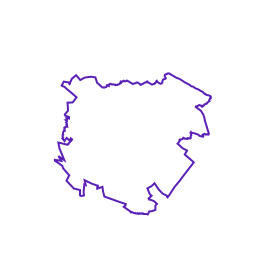 outline of Chikomba, Mashonaland East, Zimbabwe, rotated 316°
{"feature_id": "62879985B62139417575129", "entity_name": "Chikomba", "entity_type": "district", "adm_level": 2, "iso_a3": "ZWE", "parent_name": "Zimbabwe", "parent_adm1": "Mashonaland East", "projection": "equal_earth", "projection_center": [31.281, -18.846], "detail": "fine", "context": "isolated", "style": "outline", "palette": "violet", "viewbox_px": 256, "rotation_deg": 316, "n_neighbors": 0, "source": "geoboundaries", "source_scale": "gbopen_adm2", "svg_char_len": 5744}
<svg xmlns="http://www.w3.org/2000/svg" viewBox="0 0 256 256"><g transform="rotate(316 128 128)"><path d="M209.3,161.7L209.2,161.6L208.9,161.1L208.6,160.3L207.9,159.5L207.4,158.7L207.3,158.4L207.2,157.8L207.4,157.5L207.4,157.2L207.0,157.1L206.9,157.0L206.7,155.7L206.7,155.0L206.9,154.2L206.8,153.4L206.3,152.5L205.7,150.5L205.7,149.9L205.2,148.9L205.2,148.6L204.5,147.3L204.0,146.0L203.8,144.9L203.7,143.7L202.8,142.4L202.4,141.7L202.4,140.1L202.2,139.5L200.5,134.4L199.6,130.1L198.5,127.0L197.7,125.5L196.6,121.4L196.0,119.4L195.9,118.7L195.8,118.2L195.6,118.1L195.4,117.1L195.2,116.9L194.6,116.6L193.9,116.0L193.1,116.2L192.3,115.5L191.6,115.3L190.6,116.0L190.4,116.3L190.1,116.9L189.9,118.2L189.6,118.6L189.0,118.6L187.7,117.9L187.4,117.6L186.8,117.5L185.5,118.1L184.7,118.9L183.9,119.0L183.6,119.3L183.2,119.3L182.6,119.1L182.1,118.8L181.7,117.8L181.4,116.5L181.2,115.4L181.5,114.0L180.7,114.0L179.9,114.5L179.2,114.7L178.7,114.4L178.3,114.7L178.0,114.7L177.5,114.6L176.7,114.0L175.7,113.6L175.4,113.4L175.2,112.7L174.6,110.7L174.5,110.0L174.3,109.7L174.0,109.2L174.0,108.5L174.3,108.1L174.2,107.8L172.9,107.9L172.3,107.6L171.9,107.1L171.5,106.9L169.1,106.6L168.6,106.1L167.2,105.9L167.0,105.7L167.1,104.2L166.6,102.9L166.6,102.4L166.5,102.0L165.8,101.2L164.5,101.0L163.6,100.3L163.2,100.3L162.2,99.8L161.9,99.4L161.7,98.8L161.7,98.1L161.1,96.7L161.1,95.5L160.6,94.5L160.3,93.3L160.0,93.0L159.6,93.1L158.3,92.5L158.1,92.1L157.9,91.1L157.6,90.9L157.1,91.1L156.6,90.8L156.1,90.7L155.6,90.2L155.3,89.5L155.1,89.4L154.4,90.1L154.3,90.7L154.1,90.8L154.0,90.7L153.9,90.3L153.4,90.2L152.8,90.5L152.3,90.3L151.7,90.3L151.4,89.9L150.9,89.6L150.3,89.7L149.6,89.2L149.3,88.9L149.1,88.2L148.6,88.2L148.4,87.4L147.5,86.1L146.8,85.8L146.4,84.9L146.2,84.2L146.0,83.8L145.1,83.9L144.8,83.6L144.4,83.5L143.7,84.0L143.4,84.4L143.3,84.5L143.1,84.1L143.2,83.2L143.0,82.8L142.7,82.6L142.3,82.6L141.2,83.4L140.8,83.4L140.3,83.1L140.1,83.1L139.4,82.5L138.9,82.4L138.5,81.9L138.3,81.4L137.9,81.2L137.7,80.6L137.2,74.0L139.7,68.9L137.0,65.4L131.9,61.7L127.0,60.3L127.3,53.9L121.7,53.6L117.8,55.2L116.8,55.8L116.4,55.8L116.9,53.9L114.1,50.1L109.8,51.4L110.9,54.6L111.1,57.9L111.7,62.9L112.3,70.2L106.0,71.2L102.1,67.8L97.0,73.8L91.9,74.4L91.4,75.5L93.2,79.1L92.1,80.2L90.8,77.8L90.6,77.9L90.4,78.5L90.5,79.2L90.2,79.3L89.8,79.2L89.4,79.7L89.1,79.8L88.7,79.4L88.7,80.1L88.9,80.5L88.6,80.9L87.2,81.1L87.2,81.7L87.0,82.5L86.8,82.7L86.0,82.9L86.2,83.4L86.1,83.8L85.5,84.4L85.3,84.4L85.1,84.8L84.7,84.3L84.4,84.1L83.8,84.0L82.7,83.5L82.3,83.6L82.0,84.2L81.9,84.6L81.1,84.8L80.9,85.5L80.6,85.4L80.4,85.9L80.1,85.6L79.9,85.8L79.4,85.7L78.7,85.8L77.1,87.1L76.8,87.8L76.5,87.8L76.2,87.6L75.5,88.5L75.0,88.7L74.7,89.3L74.5,90.1L74.2,90.2L74.0,89.9L73.5,89.9L73.3,93.3L74.0,93.0L77.0,92.5L77.3,96.4L79.7,95.7L79.8,97.4L78.2,97.7L73.9,97.9L73.9,98.1L72.9,98.1L67.8,90.1L64.4,95.3L63.8,97.0L59.8,106.9L58.4,99.9L57.2,105.3L53.3,100.1L53.2,100.2L52.7,100.7L54.5,109.5L53.3,112.0L52.9,121.2L47.1,123.2L47.0,133.9L50.4,139.3L46.7,143.1L46.6,143.5L46.7,143.8L47.1,144.0L47.3,144.5L48.2,145.2L49.5,145.9L51.0,144.0L52.3,142.6L57.2,138.4L57.3,138.3L57.9,139.7L60.5,135.4L63.3,142.9L64.0,144.3L65.9,148.1L66.3,148.5L66.2,148.8L66.0,149.1L65.3,149.2L65.1,148.9L63.7,150.3L68.7,152.6L66.0,156.3L63.4,160.9L69.6,173.5L72.4,179.0L73.5,180.9L73.9,181.8L73.3,181.3L72.6,181.4L72.2,182.0L71.7,182.0L71.4,182.0L70.9,181.8L70.7,181.9L70.2,181.8L71.9,190.6L71.4,190.7L71.4,190.8L71.7,190.9L72.2,190.8L72.9,192.3L73.0,193.0L73.2,193.3L73.9,194.2L74.1,194.2L74.2,194.5L74.3,195.2L74.9,195.7L75.8,195.9L75.9,196.2L75.9,196.9L76.0,197.2L76.2,197.4L76.5,197.4L76.8,197.2L77.0,197.3L77.3,197.6L77.2,198.0L77.4,198.2L78.0,198.7L78.2,199.0L78.6,198.9L78.8,199.0L78.9,199.4L78.9,199.8L78.9,200.0L79.5,200.6L79.7,200.4L79.9,200.7L79.9,201.0L80.3,201.6L81.5,202.6L82.2,203.9L85.3,202.8L87.4,204.4L90.8,205.9L93.2,203.5L94.1,202.8L96.1,202.7L95.9,198.7L94.2,194.9L93.5,194.2L93.8,193.0L97.9,193.1L97.7,190.8L100.0,184.9L104.6,186.2L108.7,186.2L107.4,193.6L107.3,199.2L108.9,203.6L108.3,204.6L108.3,205.4L110.3,205.0L110.9,205.0L120.3,202.8L129.1,201.8L131.1,201.4L151.4,198.4L151.3,195.9L151.2,195.5L151.1,193.5L150.4,186.5L154.8,185.2L154.7,184.5L153.3,181.0L152.8,173.7L154.7,173.6L155.1,173.5L155.6,173.2L156.2,173.2L156.4,173.0L156.5,173.0L156.7,172.4L156.9,172.3L157.4,172.3L158.5,173.3L159.2,173.7L159.4,173.7L159.6,173.8L159.9,173.7L160.2,173.8L160.5,173.5L161.0,173.4L161.3,173.8L161.3,174.8L161.4,175.2L161.9,175.5L162.6,176.6L163.0,177.1L163.4,177.2L163.4,176.6L163.8,176.6L164.0,177.0L164.3,177.2L164.5,177.8L165.1,178.0L165.6,178.8L166.3,178.7L167.1,177.6L167.8,177.3L168.3,177.3L168.5,176.9L168.9,176.5L169.3,175.5L169.7,175.3L169.7,174.8L170.5,174.6L170.5,175.3L170.6,176.0L172.2,178.0L172.5,178.6L173.1,180.1L173.8,181.2L174.0,182.0L173.9,182.9L174.2,183.9L174.3,184.2L174.8,184.6L175.8,186.2L175.9,186.4L176.2,186.4L176.6,185.7L176.7,185.0L176.9,184.7L177.3,184.8L177.7,185.3L178.1,185.3L178.6,185.1L178.9,185.2L179.1,185.5L179.1,186.3L179.3,186.7L179.6,186.9L180.3,187.1L180.9,188.4L181.3,188.6L181.6,188.6L182.0,188.4L182.4,187.9L188.6,175.8L190.0,173.8L191.4,171.0L192.4,166.2L191.2,159.1L191.5,159.5L192.0,160.3L193.0,160.3L193.6,160.7L194.6,160.7L194.8,160.8L195.5,161.3L195.6,162.1L195.8,162.5L196.2,162.8L196.3,163.4L195.9,164.0L196.0,164.2L196.6,164.3L197.1,163.9L197.4,164.5L197.7,164.6L198.2,164.6L198.6,164.4L199.5,164.1L200.2,164.6L201.0,164.7L201.1,165.0L201.4,165.1L201.5,164.8L201.8,164.8L202.1,165.1L203.1,164.8L203.9,165.1L204.9,165.0L205.3,165.2L205.5,164.7L206.1,164.1L206.8,164.0L207.3,164.2L207.5,164.1L208.2,164.2L208.4,164.1L208.2,163.6L208.2,163.4L208.8,163.0L209.4,162.8L209.4,162.6L209.3,162.1L209.3,161.7Z" fill="none" stroke="#5b21b6" stroke-width="2"/></g></svg>